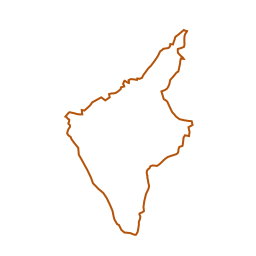 outline of Al-Khalis, Diyala, Iraq, rotated 188°
{"feature_id": "34846034B19163471253506", "entity_name": "Al-Khalis", "entity_type": "district", "adm_level": 2, "iso_a3": "IRQ", "parent_name": "Iraq", "parent_adm1": "Diyala", "projection": "orthographic", "projection_center": [44.587, 34.084], "detail": "fine", "context": "isolated", "style": "outline", "palette": "amber", "viewbox_px": 256, "rotation_deg": 188, "n_neighbors": 0, "source": "geoboundaries", "source_scale": "gbopen_adm2", "svg_char_len": 3150}
<svg xmlns="http://www.w3.org/2000/svg" viewBox="0 0 256 256"><g transform="rotate(188 128 128)"><path d="M83.0,232.2L83.8,232.3L85.0,232.3L86.4,232.8L88.5,230.4L91.1,227.5L93.8,224.8L94.2,221.9L94.8,219.3L95.1,217.0L97.4,217.0L97.8,217.0L97.8,215.9L97.7,215.0L98.4,213.6L99.3,212.8L100.8,212.3L102.6,211.8L104.2,211.2L104.8,210.2L106.7,208.5L107.2,207.3L107.8,205.3L108.5,203.2L110.3,199.5L111.9,196.5L113.9,192.9L114.1,192.6L116.1,190.1L117.1,188.2L117.7,187.1L118.6,185.4L119.8,183.3L120.3,182.0L120.9,180.6L121.0,179.7L122.0,179.1L123.4,178.3L124.8,178.3L125.7,178.3L125.8,176.9L130.0,177.0L131.5,176.8L132.2,176.8L132.9,176.2L133.8,175.7L134.1,175.4L133.7,174.3L133.3,173.1L133.4,172.6L134.0,172.7L135.1,173.1L136.4,173.7L137.6,174.3L138.0,174.3L138.2,173.8L138.5,173.4L138.5,172.8L139.0,171.2L138.9,170.7L138.4,170.3L137.9,169.6L137.5,168.6L138.5,168.2L140.5,167.4L140.7,166.5L140.6,165.6L141.5,164.5L142.9,162.9L145.2,160.9L145.9,160.7L147.4,160.2L149.3,159.9L151.5,158.9L150.4,155.8L154.3,152.2L158.8,154.6L161.7,152.4L164.2,150.5L166.9,148.5L167.6,147.2L168.3,145.7L169.1,144.5L173.6,139.2L176.3,139.4L175.2,135.1L178.3,134.7L180.0,134.7L184.1,135.2L188.1,135.5L189.2,134.4L191.5,130.6L190.8,130.5L189.8,129.6L188.8,128.8L187.4,128.1L187.2,127.1L187.3,125.8L187.4,125.3L187.8,124.4L187.4,123.7L186.1,122.9L185.7,122.0L185.7,121.4L185.8,120.5L186.6,119.2L187.0,117.9L187.4,115.8L187.5,114.1L186.1,112.5L183.6,111.2L182.2,108.8L178.8,105.4L174.5,101.4L173.0,94.7L170.9,92.0L168.9,89.4L162.6,81.0L157.7,73.6L155.0,68.4L152.9,66.8L149.8,64.4L148.6,63.4L143.5,60.3L139.2,55.5L134.8,48.8L131.8,43.8L130.0,38.6L128.8,35.7L125.4,31.3L123.5,30.7L120.3,26.1L117.0,24.0L111.4,24.3L108.9,23.7L106.7,23.2L105.4,23.3L104.8,24.3L104.7,24.7L104.0,26.4L103.8,30.2L103.8,32.1L103.8,33.7L104.2,36.8L103.5,39.3L103.4,41.3L103.5,42.2L104.2,43.2L104.7,44.1L104.7,44.9L103.5,45.7L102.3,46.4L100.7,47.8L101.0,49.4L101.7,52.0L101.7,54.5L101.7,57.6L101.3,61.9L101.1,64.3L100.9,65.4L100.3,67.3L99.3,70.5L99.0,73.4L99.5,74.7L100.2,76.4L100.6,77.7L101.1,79.5L101.4,80.4L101.9,81.2L102.0,82.2L102.0,83.2L102.4,83.8L103.0,85.4L103.3,86.7L103.3,88.3L102.4,89.9L101.1,91.2L100.6,93.1L99.8,93.7L98.1,94.4L94.0,94.5L91.7,96.6L89.2,99.8L87.2,102.3L84.5,104.9L82.6,105.8L81.9,106.2L76.7,108.7L75.3,110.0L74.9,111.4L75.0,114.5L74.5,116.4L73.7,116.9L72.6,117.3L71.5,118.0L71.5,120.9L71.5,123.6L71.7,126.0L70.6,128.7L66.5,128.5L66.5,132.8L67.5,135.1L68.2,137.2L64.5,140.0L65.9,143.6L69.5,143.4L73.4,143.5L74.8,143.6L78.1,143.9L79.8,144.7L82.4,146.3L83.9,147.8L86.3,149.7L87.1,150.8L89.0,153.7L90.4,155.8L91.6,157.7L92.7,159.5L94.3,160.6L96.5,161.5L96.8,162.0L98.6,165.9L100.0,168.9L96.6,170.8L95.2,172.1L94.7,172.6L94.1,174.0L93.5,175.9L93.1,177.5L93.1,179.0L92.9,181.4L92.5,182.0L90.0,185.8L87.6,189.7L87.1,190.1L86.0,191.0L85.7,195.1L85.4,199.3L85.6,201.5L85.3,204.1L82.5,204.2L83.8,205.6L85.2,206.4L86.2,207.1L87.9,208.5L88.9,209.3L89.2,210.3L89.5,211.3L89.6,212.7L89.6,213.2L87.6,214.1L87.4,214.2L85.3,215.2L84.2,216.1L83.8,216.3L83.7,218.9L84.2,221.3L84.7,224.8L84.8,227.2L84.3,229.4L83.5,230.9L83.0,232.0L83.0,232.2Z" fill="none" stroke="#b45309" stroke-width="2"/></g></svg>